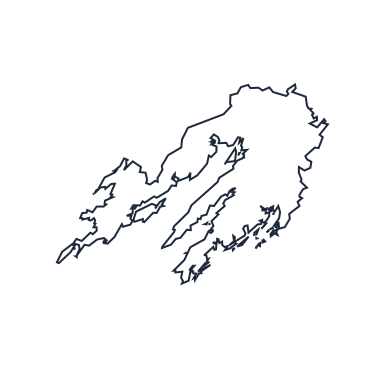 the district of Bantry-West Cork Lea-4, Cork, Ireland, rotated 342°
{"feature_id": "5873133B32019280992122", "entity_name": "Bantry-West Cork Lea-4", "entity_type": "district", "adm_level": 2, "iso_a3": "IRL", "parent_name": "Ireland", "parent_adm1": "Cork", "projection": "albers", "projection_center": [-9.717, 51.642], "detail": "fine", "context": "isolated", "style": "outline", "palette": "slate", "viewbox_px": 384, "rotation_deg": 342, "n_neighbors": 0, "source": "geoboundaries", "source_scale": "gbopen_adm2", "svg_char_len": 6140}
<svg xmlns="http://www.w3.org/2000/svg" viewBox="0 0 384 384"><g transform="rotate(342 192 192)"><path d="M323.2,121.6L314.8,124.0L313.3,125.7L313.9,128.5L311.3,129.8L300.0,122.0L297.8,116.4L290.5,117.3L287.5,113.4L279.6,111.2L278.5,107.5L270.9,107.4L265.6,112.3L258.5,111.8L255.4,120.1L256.1,122.2L246.0,127.8L207.9,129.7L198.7,139.0L195.6,146.3L180.7,149.6L171.3,157.8L170.7,161.8L163.5,168.1L162.5,171.7L160.5,170.0L154.4,171.9L151.1,169.3L153.0,166.7L153.8,159.3L148.5,156.9L151.2,152.5L145.1,144.6L133.9,150.2L137.9,146.3L139.3,141.4L141.4,142.0L137.8,139.1L131.7,145.1L125.1,147.6L127.0,148.0L125.1,149.5L113.4,151.2L104.8,159.2L110.9,160.2L110.6,162.2L117.7,159.4L121.2,160.3L113.8,168.8L115.4,169.8L113.1,171.6L114.7,171.8L114.9,172.2L114.8,172.4L115.0,172.5L106.7,173.3L105.2,176.1L106.6,177.3L103.4,178.5L96.8,176.4L91.1,180.6L86.8,176.7L85.4,179.1L81.1,178.1L77.6,182.2L79.7,183.0L79.2,184.4L86.1,184.8L85.1,186.6L86.9,187.9L90.7,186.6L91.1,189.1L89.3,191.6L90.4,192.3L87.5,195.1L90.3,196.1L89.4,199.3L84.7,201.5L82.8,199.3L72.0,204.5L67.6,200.9L63.3,204.1L68.1,207.5L67.5,211.4L62.3,217.2L73.5,209.0L77.5,211.2L86.9,207.9L93.9,208.5L94.8,209.8L91.6,213.1L96.7,211.2L93.1,213.8L95.8,215.0L104.4,210.8L115.4,200.9L115.6,203.7L123.3,204.0L126.4,201.1L125.2,198.2L127.0,195.8L122.5,194.4L128.9,193.9L130.8,189.1L129.2,188.9L132.1,186.4L138.5,188.8L142.1,185.6L143.8,187.5L154.6,184.5L156.8,186.6L169.7,183.5L174.6,179.5L178.6,181.3L180.6,177.8L178.1,174.6L179.0,173.5L178.3,173.2L177.6,173.4L177.1,173.3L177.0,173.2L178.4,171.5L179.0,171.3L179.9,170.2L181.3,169.3L180.4,172.0L183.3,174.9L182.2,177.2L192.9,176.6L196.5,173.1L193.8,179.8L202.2,177.8L215.1,169.7L219.3,162.5L221.0,164.7L227.6,161.3L229.4,156.4L226.4,153.9L227.4,152.2L225.1,152.4L226.9,150.3L226.0,149.9L228.9,149.4L226.4,146.4L230.6,144.0L233.7,147.9L233.9,151.7L232.3,153.8L239.8,155.9L240.5,159.6L245.6,160.1L252.7,154.2L254.7,155.3L252.2,159.6L257.5,156.6L252.9,163.1L253.6,165.0L251.8,167.6L257.3,168.9L252.0,171.4L253.1,172.5L251.6,174.7L253.1,175.2L244.6,176.2L239.0,180.0L238.6,182.7L222.5,186.8L219.2,190.5L187.3,204.5L182.2,210.2L164.3,219.1L162.3,221.6L164.0,222.7L162.5,224.6L146.9,234.8L146.2,236.0L155.7,235.6L162.1,231.6L166.9,232.0L175.4,226.3L179.1,227.9L180.2,223.5L187.7,222.3L189.4,219.1L191.7,220.4L193.7,217.7L198.8,218.0L204.9,210.4L208.6,212.1L218.2,205.3L223.1,204.6L224.4,206.5L228.0,202.7L231.6,201.5L234.7,201.7L229.3,203.9L232.4,205.4L229.9,206.8L230.6,208.0L221.0,209.9L218.2,212.5L218.8,215.4L208.7,219.6L210.2,221.5L201.5,225.8L201.9,230.9L197.2,234.1L199.9,234.5L199.7,235.9L197.2,236.8L195.5,234.5L189.3,240.9L173.4,244.0L163.7,254.3L150.1,261.2L151.9,261.8L151.3,263.4L158.2,264.8L155.1,270.1L155.9,274.1L154.2,275.9L161.3,275.4L165.6,267.7L167.8,267.4L166.1,266.2L166.1,265.0L169.9,262.4L171.5,262.9L166.3,265.9L168.0,266.8L168.0,269.7L170.8,270.9L166.9,274.5L168.4,274.2L167.7,276.6L173.6,271.6L175.9,272.1L175.6,270.5L187.0,267.0L173.2,269.5L183.3,263.3L181.7,265.6L186.0,264.1L184.6,262.7L187.0,260.7L185.5,260.8L186.1,256.7L185.9,256.4L185.0,256.2L184.5,255.9L184.5,255.7L195.3,250.8L195.4,253.8L197.1,254.0L199.0,249.4L196.1,246.5L200.3,247.8L201.4,244.3L202.6,245.1L202.4,249.0L205.3,248.5L204.4,251.7L206.0,254.4L209.3,254.5L205.3,257.4L210.2,257.4L218.2,254.8L216.1,252.7L211.1,254.2L216.8,251.6L217.7,246.5L218.8,248.3L217.1,251.6L218.2,252.3L228.7,249.7L230.1,247.8L229.2,242.7L231.7,240.6L234.5,241.0L233.2,248.1L244.1,243.2L247.9,243.7L248.9,241.8L247.7,240.4L250.1,240.2L249.4,241.8L250.8,243.3L253.4,242.7L258.1,238.7L259.0,235.3L255.4,235.1L256.7,232.1L253.3,231.3L254.0,229.1L252.5,226.2L255.8,230.7L258.7,230.7L260.4,234.8L261.7,234.3L261.3,231.3L264.7,230.7L263.0,234.3L264.5,236.3L269.7,232.0L269.6,238.2L266.8,243.8L259.9,249.1L261.3,249.0L260.4,251.0L261.6,251.9L265.0,246.9L263.5,253.8L269.4,254.1L276.8,247.6L277.6,242.9L289.9,238.5L289.4,234.0L294.8,231.9L292.8,229.7L293.4,227.8L298.6,223.6L302.7,223.4L298.5,215.5L300.0,214.2L299.6,206.4L301.4,201.3L305.6,206.3L312.0,205.6L314.8,200.1L311.5,196.6L310.9,192.9L322.4,187.7L326.0,189.3L333.3,180.3L331.0,177.0L342.2,169.6L338.3,167.1L340.9,166.0L340.2,163.6L331.0,169.2L325.2,163.3L333.1,162.3L334.0,159.1L330.5,159.7L330.0,155.6L331.9,154.8L329.9,150.5L331.2,149.8L328.5,148.4L328.1,145.0L329.6,136.5L318.3,127.8L322.7,125.4L323.2,121.6ZM150.1,190.9L132.7,193.4L128.0,199.9L128.0,202.5L136.9,202.6L136.1,205.0L137.2,205.9L148.7,199.8L151.9,201.0L157.3,196.1L160.9,196.6L159.4,194.6L165.2,189.9L157.9,191.7L152.0,196.4L153.8,193.7L150.1,190.9ZM61.5,204.7L50.1,208.7L41.8,217.1L43.4,218.5L57.9,211.7L63.8,206.7L61.5,204.7ZM242.4,175.9L246.3,167.6L246.6,163.9L231.5,175.8L233.8,174.2L242.4,175.9ZM257.8,254.3L256.6,256.6L256.1,254.7L253.6,256.4L253.2,258.5L257.5,256.6L260.0,259.2L259.7,256.2L262.0,253.9L257.8,254.3ZM232.1,251.9L218.0,257.8L223.2,257.9L232.1,251.9ZM252.3,244.7L246.7,248.5L252.8,244.9L252.3,244.7ZM240.2,252.3L243.5,248.1L238.7,250.0L237.9,251.9L240.2,252.3ZM101.9,160.6L98.6,163.3L103.3,160.9L101.9,160.6ZM246.3,261.7L245.4,259.5L244.1,259.9L243.4,261.8L246.3,261.7ZM238.2,262.8L240.0,264.5L241.0,261.6L239.9,261.8L238.2,262.8ZM235.1,265.5L237.3,263.7L236.1,264.1L235.1,265.5ZM131.5,189.7L132.5,190.2L134.2,188.8L133.6,188.2L131.5,189.7ZM257.5,251.0L254.3,251.5L257.6,251.5L257.5,251.0ZM228.8,152.1L230.3,150.0L228.2,151.2L228.8,152.1ZM253.6,251.5L251.8,252.7L250.4,253.3L252.6,252.9L253.6,251.5ZM215.3,258.5L213.0,258.9L212.9,260.0L215.3,258.5ZM194.4,226.6L195.9,227.3L196.7,226.1L195.5,226.5L194.4,226.6ZM248.8,169.5L247.2,171.5L249.4,169.6L248.8,169.5ZM199.5,228.0L198.9,227.7L197.6,228.0L199.5,228.0ZM263.3,231.6L262.3,232.1L263.6,232.7L263.3,231.6ZM262.9,238.1L263.2,236.9L262.6,238.0L262.9,238.1ZM61.6,217.4L62.2,218.3L62.4,217.7L61.6,217.4ZM62.9,209.6L63.1,208.4L62.3,209.6L62.9,209.6ZM257.5,253.9L258.5,253.2L257.1,253.9L257.5,253.9ZM239.5,256.2L239.0,255.7L238.9,256.2L239.5,256.2ZM167.3,248.2L168.3,247.6L167.0,248.1L167.3,248.2ZM97.4,163.5L98.1,163.2L96.9,163.7L97.4,163.5ZM136.8,192.5L136.0,192.7L137.1,192.5L136.8,192.5ZM123.7,147.7L123.4,148.0L124.5,147.5L123.7,147.7Z" fill="none" stroke="#1e293b" stroke-width="2"/></g></svg>